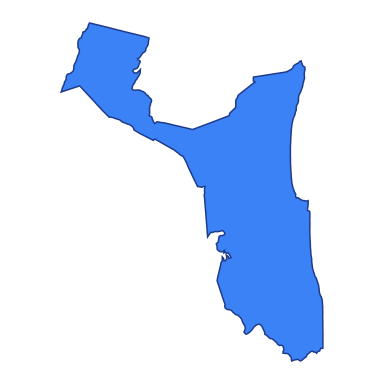 the district of Ilhéus, Bahia, Brazil
{"feature_id": "56859067B42691950323680", "entity_name": "Ilhéus", "entity_type": "district", "adm_level": 2, "iso_a3": "BRA", "parent_name": "Brazil", "parent_adm1": "Bahia", "projection": "albers", "projection_center": [-39.201, -14.766], "detail": "fine", "context": "isolated", "style": "filled", "palette": "blue", "viewbox_px": 384, "rotation_deg": 0, "n_neighbors": 0, "source": "geoboundaries", "source_scale": "gbopen_adm2", "svg_char_len": 5572}
<svg xmlns="http://www.w3.org/2000/svg" viewBox="0 0 384 384"><path d="M89.4,23.0L88.6,24.7L88.0,26.5L87.3,28.7L86.2,29.5L85.1,31.3L82.9,32.1L82.6,34.3L81.6,36.3L81.2,38.0L79.5,38.5L78.5,40.2L78.0,41.6L77.9,43.4L78.0,45.4L78.0,47.5L78.8,48.9L79.5,50.4L79.2,51.9L78.8,53.8L77.6,56.2L77.1,58.2L76.4,59.9L75.8,61.8L74.6,63.9L73.9,65.7L73.8,67.9L73.6,69.7L73.0,71.3L71.8,72.3L70.7,73.1L69.3,73.9L67.7,74.1L66.7,75.4L66.2,76.8L66.1,79.2L64.4,82.5L64.0,84.6L63.1,86.1L62.3,88.1L61.9,90.1L61.1,92.0L79.7,85.9L93.2,100.4L101.8,109.8L109.2,117.2L111.0,117.1L113.3,117.7L115.5,118.6L117.5,119.2L119.8,119.9L121.3,121.2L122.7,122.2L124.7,122.9L126.5,123.6L127.9,124.2L129.6,124.7L131.3,125.7L132.7,126.9L133.6,128.4L134.1,130.0L140.2,133.7L141.8,134.5L153.4,140.4L154.8,139.0L174.3,150.1L181.1,155.5L183.0,156.2L186.0,161.6L188.6,167.8L191.9,174.8L193.0,177.1L197.6,186.6L199.9,186.7L201.8,187.3L203.4,186.5L205.2,186.5L204.5,188.8L204.5,190.8L204.7,192.8L204.2,195.0L204.5,197.4L204.8,201.4L205.1,204.5L207.6,236.9L210.7,232.3L212.5,232.5L213.9,231.9L215.3,231.5L217.2,231.7L219.2,231.4L220.8,231.0L222.7,230.6L224.5,232.4L224.8,234.2L223.6,235.2L221.9,235.6L220.4,235.6L219.1,236.5L218.2,242.1L216.3,243.7L217.1,246.5L217.1,249.2L218.3,250.6L220.6,251.8L222.7,251.8L224.3,250.5L223.9,252.9L225.5,252.1L226.4,253.4L227.9,252.9L229.3,254.2L230.4,256.4L231.1,257.6L229.1,258.4L227.9,256.1L226.3,255.2L226.7,256.8L226.6,259.4L225.1,260.8L223.8,260.6L223.7,258.6L222.3,256.9L222.2,258.7L222.2,261.0L221.1,262.4L220.6,265.2L217.7,277.3L217.1,280.8L223.4,299.8L224.0,301.5L225.1,304.6L224.7,306.0L225.1,307.8L227.1,309.5L229.4,309.7L231.4,310.4L232.7,312.0L234.6,313.6L236.2,314.8L237.8,315.0L238.9,316.1L240.2,317.3L241.6,319.2L242.4,321.5L243.1,323.1L243.9,324.5L245.0,326.1L245.3,328.6L244.0,332.2L245.9,334.2L247.3,333.8L248.7,332.9L250.1,331.8L251.5,330.4L252.7,328.9L253.7,327.2L254.8,326.4L256.0,325.3L257.2,324.6L258.8,324.2L260.4,324.7L261.6,325.8L262.6,327.8L263.8,330.3L264.7,332.3L264.8,334.2L266.1,335.0L267.4,336.0L268.8,337.5L270.1,338.4L272.1,338.8L273.4,339.7L274.6,340.8L275.9,342.0L276.9,343.0L277.8,344.4L279.5,345.5L281.4,345.2L282.8,345.9L283.5,347.6L284.0,349.4L283.1,351.2L283.0,353.2L285.3,353.4L287.4,353.5L288.9,354.4L289.8,355.7L291.3,357.4L291.3,359.6L291.8,361.0L293.9,360.1L295.9,359.7L297.8,359.4L298.9,360.0L300.2,360.9L301.5,360.6L302.7,359.5L304.4,358.1L306.1,356.9L307.2,354.6L309.1,353.0L310.8,351.6L312.4,351.2L313.7,352.0L315.2,352.1L316.6,353.2L317.7,351.7L319.6,351.0L320.7,348.3L322.8,348.4L322.9,345.9L322.9,344.5L322.9,342.3L322.9,340.0L322.9,337.3L322.9,334.9L322.9,333.1L322.9,331.3L322.8,328.7L322.8,326.7L322.8,324.9L322.8,322.4L322.8,320.4L322.7,318.7L322.7,317.2L322.7,315.4L322.8,313.1L322.7,311.1L322.7,308.7L322.7,306.5L322.5,304.6L322.4,302.2L322.2,300.0L321.7,298.2L321.3,296.8L320.5,295.7L319.8,293.9L319.3,291.9L319.2,290.0L318.9,287.7L318.6,285.4L317.9,283.1L317.3,281.7L316.9,280.1L316.2,278.0L314.8,276.1L314.3,273.7L313.7,272.3L313.2,270.6L312.5,268.0L312.2,265.6L311.9,263.5L311.7,261.3L311.7,258.9L311.4,257.3L311.1,255.9L310.9,254.2L310.8,251.9L310.6,249.5L310.4,246.7L310.3,244.0L310.2,241.2L310.0,239.0L310.0,237.4L309.9,235.4L309.8,233.4L309.8,231.9L309.8,229.8L309.8,227.1L309.9,224.9L309.9,223.5L309.8,221.4L309.8,219.0L309.9,216.5L309.9,214.5L309.7,211.4L307.4,210.4L307.6,208.1L308.0,205.8L308.1,204.4L308.2,202.7L308.1,200.6L306.3,201.1L304.6,200.7L302.3,200.4L300.8,199.6L299.4,198.7L297.8,197.6L296.3,197.9L295.6,196.4L295.7,194.1L294.7,192.3L293.9,190.4L293.2,188.4L292.6,186.2L292.1,184.3L291.8,182.2L291.6,180.5L291.5,179.0L291.2,176.7L291.1,174.2L291.0,172.4L290.9,170.6L290.7,168.5L290.7,166.5L290.5,164.6L290.5,162.2L290.5,159.8L290.4,157.0L290.4,154.5L290.4,152.1L290.4,149.8L290.4,148.0L290.4,146.4L290.5,144.8L290.6,143.2L290.7,141.5L290.7,140.0L290.9,137.6L291.0,135.1L291.1,133.3L291.2,131.8L291.3,130.4L291.5,128.2L291.7,126.3L292.0,124.0L292.6,121.2L293.2,118.9L293.9,116.7L294.9,114.8L295.4,112.2L296.2,110.2L296.2,107.9L296.4,106.2L297.3,104.2L298.0,102.8L298.5,100.7L298.5,98.3L298.7,96.1L299.3,94.5L300.0,93.1L300.9,91.3L301.6,88.9L302.3,87.3L302.8,85.3L303.1,83.2L303.6,81.8L304.0,79.9L304.6,77.8L304.3,76.1L304.3,74.3L304.3,72.4L304.8,70.6L305.0,68.9L304.8,67.1L302.8,65.8L301.8,63.2L301.2,60.9L299.9,61.3L298.7,62.8L297.3,63.5L295.4,64.5L293.5,65.9L293.0,67.7L291.7,69.1L290.5,69.7L288.9,70.7L287.0,71.6L285.2,72.1L253.4,77.1L253.4,78.6L253.3,80.8L255.0,81.9L238.7,94.8L237.8,96.0L237.4,97.6L236.0,99.6L235.7,102.0L235.8,103.7L235.8,106.2L235.1,108.2L233.6,109.4L232.0,111.0L229.9,113.0L229.1,115.7L206.3,124.4L195.3,128.5L192.6,129.5L164.1,122.8L161.7,122.6L158.9,122.1L157.0,121.7L155.9,122.7L154.7,123.6L153.8,122.4L153.1,120.6L152.2,118.9L152.0,117.3L150.6,116.2L149.2,115.8L149.5,114.1L149.8,112.3L149.5,110.9L149.6,108.7L149.7,106.5L150.4,105.1L150.5,103.6L151.3,102.0L151.6,100.4L151.0,98.9L149.6,97.8L147.9,95.6L146.2,94.6L145.1,92.9L143.2,91.7L141.4,90.9L139.4,90.1L137.4,90.0L135.2,90.2L133.6,90.2L131.9,89.0L132.4,86.9L132.8,85.3L134.0,83.8L134.8,82.5L135.4,80.7L136.7,79.3L137.6,77.8L138.3,76.6L139.4,74.9L140.2,72.7L140.3,71.0L140.4,69.5L138.7,71.3L136.9,73.0L134.2,72.9L132.7,71.2L133.8,69.2L135.7,68.9L137.3,68.1L138.3,66.4L139.1,64.2L140.2,61.9L139.7,60.6L138.1,59.9L137.6,58.6L139.4,57.9L140.5,56.4L141.6,54.7L143.1,52.7L144.5,52.0L145.7,50.6L145.9,48.5L146.6,47.2L148.0,44.9L148.3,43.0L148.6,40.3L149.0,38.0L145.3,36.8L135.0,34.2L131.1,33.3L119.5,30.4L117.4,29.9L112.1,28.5L108.2,27.5L103.3,26.3L91.4,23.4L89.4,23.0Z" fill="#3b82f6" stroke="#1e3a8a" stroke-width="1.5"/></svg>